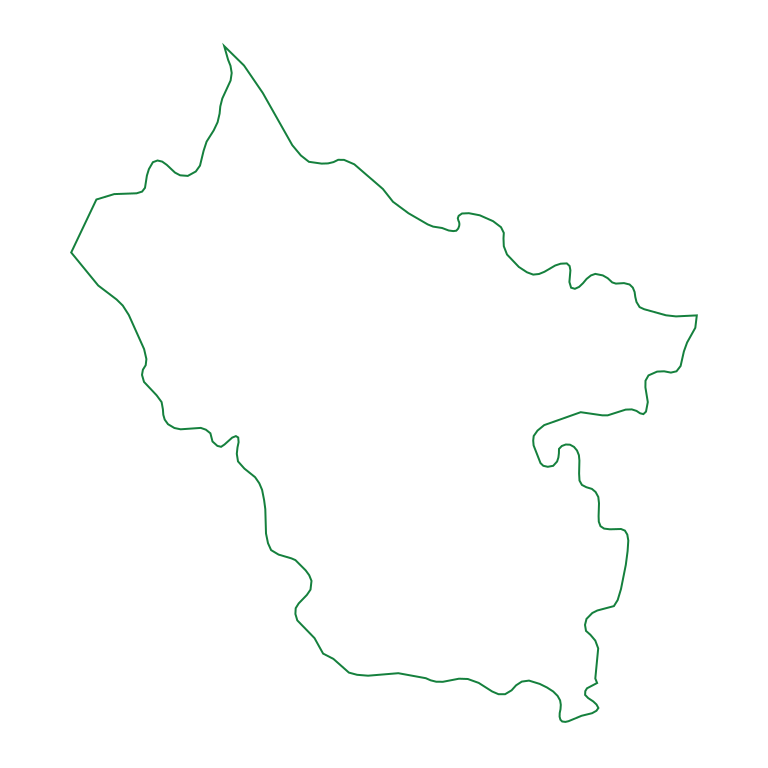 map outline of Buzau (Albers equal-area conic projection)
{"feature_id": "ROU-314", "entity_name": "Buzau", "entity_type": "County", "adm_level": 1, "iso_a3": "ROU", "parent_name": "Romania", "parent_adm1": "", "projection": "albers", "projection_center": [26.856, 45.281], "detail": "fine", "context": "isolated", "style": "outline", "palette": "green", "viewbox_px": 768, "rotation_deg": 0, "n_neighbors": 0, "source": "natural_earth", "source_scale": "10m", "svg_char_len": 3344}
<svg xmlns="http://www.w3.org/2000/svg" viewBox="0 0 768 768"><path d="M187.8,175.9L195.8,171.5L200.0,165.6L203.6,150.8L206.6,141.6L213.7,130.4L217.6,122.2L219.6,113.6L220.3,106.4L222.3,98.5L230.6,80.5L231.7,73.0L230.5,65.8L228.1,59.8L224.2,46.1L244.0,65.5L262.8,93.0L292.3,145.2L300.9,155.5L308.9,161.8L321.6,163.6L328.0,163.4L333.5,162.1L338.2,159.8L344.1,159.9L354.3,164.3L382.9,189.0L393.0,201.8L408.4,213.2L427.7,224.4L433.1,226.6L442.1,228.0L448.7,230.5L453.3,231.1L456.3,230.7L458.2,228.6L459.2,225.9L459.4,224.0L459.1,222.1L458.4,220.6L457.8,218.2L458.7,215.8L462.0,213.5L468.9,213.2L479.8,215.3L493.1,221.2L501.0,227.2L503.8,232.9L503.5,238.4L503.8,246.2L507.0,254.5L518.9,267.0L527.0,272.3L533.2,274.6L539.0,274.0L544.4,271.8L555.2,265.5L560.7,263.7L566.8,263.4L569.6,266.0L570.4,270.3L569.4,282.0L571.1,287.7L574.9,288.8L579.1,286.9L583.0,283.2L586.6,278.9L591.0,275.4L595.3,273.9L602.8,275.4L607.7,278.2L612.2,282.4L615.9,283.6L624.0,283.1L629.6,284.5L632.8,287.6L634.6,292.0L635.3,297.0L636.5,302.0L639.6,307.1L644.1,309.2L666.0,315.3L676.0,316.4L696.8,315.4L695.3,327.8L687.1,342.5L683.9,351.4L680.6,366.0L676.5,371.3L670.9,372.6L664.1,371.3L657.1,371.6L648.5,375.4L645.5,380.7L645.4,387.3L647.8,402.1L646.0,411.6L643.4,414.1L640.1,413.3L636.5,410.9L631.8,409.4L625.7,409.6L607.8,415.3L602.1,415.3L580.7,412.2L544.2,425.1L537.5,430.6L533.7,436.0L533.2,440.6L533.6,445.4L540.5,463.1L543.3,465.8L547.8,466.8L553.2,465.8L557.1,461.5L558.4,457.5L558.9,453.4L559.0,448.9L561.8,446.0L565.8,444.5L570.0,444.7L574.0,446.9L577.0,450.5L578.9,455.2L579.4,460.5L579.1,473.6L579.5,480.6L581.9,484.9L586.3,487.2L591.9,488.9L595.6,492.0L598.3,497.0L599.0,503.3L598.6,516.2L598.8,521.7L600.5,526.2L604.1,528.6L609.9,529.3L621.0,529.0L624.9,530.6L627.3,534.6L628.3,540.6L627.6,551.1L625.8,564.9L621.0,589.0L617.7,600.0L613.9,606.1L597.3,610.5L592.3,613.0L586.5,618.9L585.0,624.9L586.0,630.9L590.5,634.9L595.3,640.6L598.2,648.4L595.3,678.5L597.1,683.0L587.0,688.3L585.3,691.1L585.1,694.9L588.2,698.1L593.2,701.4L596.5,704.5L598.4,708.0L596.4,710.8L592.1,713.2L581.5,715.8L568.5,721.2L565.4,721.9L562.2,721.5L560.4,719.7L559.6,716.7L559.7,713.1L560.5,709.2L560.8,704.8L560.1,700.4L557.6,695.9L553.2,691.5L547.0,687.5L539.7,683.9L529.0,680.6L521.8,681.6L516.1,685.3L511.6,690.3L505.1,694.2L498.5,694.2L492.2,691.5L478.7,682.9L467.8,679.0L459.0,678.7L442.9,681.8L436.1,681.7L430.6,680.3L425.8,678.2L398.3,673.2L368.1,675.7L357.1,674.8L348.9,672.6L333.4,658.9L323.1,653.6L314.5,638.1L297.3,620.4L295.4,614.0L295.7,608.2L298.7,603.4L306.9,594.9L310.5,589.6L311.5,580.9L309.2,575.2L305.6,570.3L295.4,560.1L291.5,558.4L278.6,554.6L271.1,550.1L268.0,543.2L266.0,533.5L265.3,509.1L264.1,500.1L262.1,489.9L259.3,483.3L255.1,477.2L244.4,468.6L238.0,461.4L236.8,453.8L237.5,447.4L238.6,442.2L238.2,437.5L235.9,436.1L232.2,437.6L224.5,444.5L221.1,446.8L217.4,445.9L212.5,441.5L210.4,433.3L205.9,429.7L200.8,427.9L180.6,429.3L174.4,428.0L168.0,424.2L164.7,419.6L163.3,414.8L162.9,409.3L161.6,402.1L156.7,395.4L144.0,381.9L142.0,374.9L142.9,369.7L145.7,365.2L146.4,359.1L144.1,349.1L128.8,315.0L122.8,305.6L116.6,299.5L98.2,285.5L71.2,252.5L96.4,199.5L114.2,194.1L136.6,193.3L142.1,191.6L145.0,187.8L146.9,175.6L148.9,169.1L152.9,162.2L157.5,160.5L162.2,161.6L166.7,164.8L175.0,172.6L180.1,175.3L187.8,175.9Z" fill="none" stroke="#15803d" stroke-width="2"/></svg>